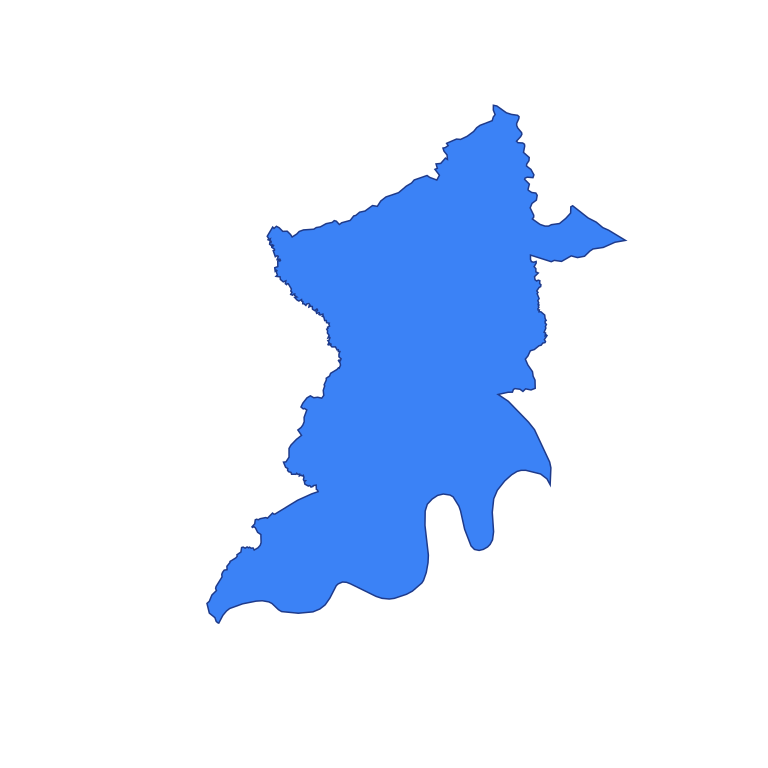 Mueang Uthai Thani, Uthai Thani, Thailand, rotated 52°
{"feature_id": "78962969B55424079588300", "entity_name": "Mueang Uthai Thani", "entity_type": "district", "adm_level": 2, "iso_a3": "THA", "parent_name": "Thailand", "parent_adm1": "Uthai Thani", "projection": "mercator", "projection_center": [99.999, 15.387], "detail": "fine", "context": "isolated", "style": "filled", "palette": "blue", "viewbox_px": 768, "rotation_deg": 52, "n_neighbors": 0, "source": "geoboundaries", "source_scale": "gbopen_adm2", "svg_char_len": 6170}
<svg xmlns="http://www.w3.org/2000/svg" viewBox="0 0 768 768"><g transform="rotate(52 384 384)"><path d="M231.7,126.2L235.4,129.2L240.1,130.6L240.9,133.5L243.1,136.6L239.3,149.0L239.1,153.1L240.2,157.9L240.0,166.0L238.4,173.1L235.6,176.1L233.0,186.0L232.9,186.5L235.7,186.7L235.4,190.3L234.4,192.3L237.5,193.4L242.3,193.3L246.0,195.7L243.8,196.5L245.1,203.5L242.6,207.5L246.9,209.2L246.2,211.7L253.6,211.8L255.8,216.8L249.3,220.8L246.2,221.7L241.8,234.6L242.6,238.6L241.8,244.7L242.2,254.7L237.8,267.3L237.8,273.9L239.9,279.9L236.3,283.2L236.0,292.5L233.6,297.4L233.8,302.4L232.9,304.4L234.3,309.9L230.9,318.0L230.8,321.0L226.4,321.3L224.6,322.6L224.8,325.3L222.0,330.9L221.0,337.4L219.0,341.1L218.8,344.0L213.0,352.6L211.6,356.9L212.1,360.5L211.6,365.9L208.6,365.6L204.0,366.2L201.4,369.8L196.4,370.4L193.5,371.7L193.7,374.9L191.8,375.1L195.7,385.1L198.5,385.3L198.9,386.6L199.6,386.2L199.7,384.3L200.9,385.8L202.1,385.1L203.0,386.0L202.2,386.8L203.4,388.1L205.5,387.6L205.3,386.4L206.8,385.7L207.3,387.2L206.1,387.5L207.2,388.3L210.3,387.3L211.2,388.0L210.7,389.2L216.8,391.3L217.0,389.4L218.3,388.7L220.1,391.6L221.5,389.2L222.8,389.4L223.0,390.4L221.8,391.0L221.7,392.0L226.1,395.4L225.1,398.5L228.1,400.3L228.0,398.8L228.8,398.6L229.2,399.8L232.4,400.9L232.7,402.8L235.6,399.9L237.8,401.3L241.5,400.5L242.3,397.8L244.2,400.0L245.7,399.6L245.4,398.5L246.1,397.7L252.1,398.5L253.4,400.2L255.0,400.0L256.0,402.4L257.8,401.3L257.5,400.0L258.1,398.9L259.2,399.9L261.8,399.1L260.8,401.1L264.3,400.8L266.2,400.0L266.7,397.0L268.0,397.8L269.1,397.2L270.7,398.6L271.7,397.6L274.0,397.2L273.4,395.4L274.4,393.6L276.3,393.7L276.2,394.8L277.1,395.8L277.5,394.1L278.8,392.8L281.0,394.3L283.6,393.4L283.5,390.9L284.0,390.5L285.3,391.2L285.0,392.9L286.9,393.6L287.8,391.1L288.9,391.4L289.2,392.4L290.3,391.9L291.3,389.1L292.7,389.9L292.7,390.9L294.1,390.2L297.5,391.7L298.5,390.4L300.3,391.5L302.4,389.7L302.9,390.6L304.9,391.3L304.5,393.5L305.7,394.0L305.5,395.4L307.4,395.7L308.9,397.2L311.8,397.3L313.2,399.8L313.7,398.1L314.3,398.1L315.7,400.5L315.3,401.5L317.2,401.6L318.5,403.9L319.3,403.4L318.7,401.7L320.0,401.2L320.6,402.3L322.7,402.2L324.9,399.4L328.3,400.0L328.9,398.9L330.3,400.0L331.3,398.8L332.7,401.1L334.9,402.8L337.7,402.3L338.8,404.1L337.4,404.6L337.5,405.5L340.5,405.7L342.4,406.7L343.9,409.5L343.2,409.9L343.6,412.0L342.7,419.5L344.2,422.0L343.9,426.0L345.3,427.0L347.8,431.7L349.0,431.9L351.6,435.8L355.9,438.5L356.8,441.8L353.6,444.4L351.6,447.8L348.0,449.3L347.5,453.3L349.1,459.7L351.0,463.6L353.9,463.0L354.4,461.7L356.9,460.8L361.1,467.5L364.6,470.1L366.4,473.3L367.2,476.1L367.2,480.2L373.7,480.6L373.7,487.0L374.8,494.8L376.3,498.5L383.2,503.9L385.0,509.2L383.7,511.3L389.0,512.8L391.4,511.9L392.6,513.1L394.3,513.2L396.4,511.7L398.2,512.4L401.0,508.9L400.6,507.7L402.2,507.5L403.1,506.0L404.3,507.3L404.7,505.5L406.1,505.1L406.2,503.8L408.2,504.5L409.7,506.4L410.8,506.6L411.9,505.4L412.1,507.0L414.2,508.0L417.8,506.5L417.9,505.5L419.0,504.9L420.3,505.0L421.0,503.0L420.5,502.3L421.9,499.7L425.4,502.2L426.6,501.7L428.3,502.2L426.1,508.5L422.4,523.7L419.4,549.8L418.7,550.9L417.1,551.3L418.0,558.5L416.5,559.3L413.9,564.5L413.6,566.6L412.1,567.7L411.8,569.1L414.6,572.0L415.3,576.0L416.1,575.9L416.3,574.4L418.1,573.9L423.1,574.9L426.8,573.7L433.3,578.5L434.9,580.9L435.5,584.2L434.9,588.5L432.6,588.1L431.6,589.8L429.8,590.4L429.7,591.6L428.1,592.2L427.9,594.5L425.8,595.4L425.2,596.9L428.3,600.2L428.0,605.0L429.4,605.8L429.8,607.8L429.0,614.6L429.8,615.3L430.9,620.0L433.7,622.0L432.3,624.5L433.0,627.1L434.1,629.0L436.3,630.4L440.2,641.0L441.5,642.6L443.6,643.2L444.3,649.5L447.7,655.5L447.9,658.6L457.0,662.7L464.0,661.1L467.8,662.4L469.8,662.0L470.7,661.4L467.1,653.4L465.9,647.8L465.9,643.8L470.2,630.7L476.4,618.4L479.9,613.3L484.8,608.9L488.0,607.4L496.9,606.1L500.3,604.8L511.9,592.6L519.8,580.3L521.8,573.1L521.8,566.3L519.4,558.5L513.5,545.7L513.3,543.1L514.5,538.6L517.2,535.6L520.7,533.5L546.5,521.0L551.7,517.5L556.7,512.2L559.3,507.8L563.6,495.6L564.7,489.1L564.1,476.7L563.1,473.8L558.6,466.8L552.0,459.4L546.2,454.4L520.7,438.8L509.5,429.8L505.4,423.9L504.3,416.8L504.8,410.3L507.2,405.0L512.2,400.3L515.5,399.0L526.4,400.2L531.1,401.8L548.1,409.9L565.2,415.1L570.0,414.6L573.7,411.5L575.5,407.5L576.2,402.7L575.7,399.1L573.6,394.4L567.9,388.6L551.8,377.7L542.0,368.2L537.5,360.1L534.7,348.5L534.1,339.3L534.8,333.0L536.4,329.2L539.3,325.4L551.3,316.0L559.1,314.0L565.7,315.1L552.8,304.1L547.5,301.5L512.6,293.5L503.0,293.6L474.1,296.7L462.5,300.5L466.9,291.3L469.5,287.8L468.0,285.4L468.2,283.7L471.8,280.1L475.4,279.1L475.0,275.4L479.2,271.8L480.5,267.5L473.9,262.6L469.7,261.7L465.7,259.4L457.5,258.9L451.4,257.3L450.6,253.5L447.9,248.2L449.4,244.3L449.3,238.3L450.2,236.2L449.5,233.8L450.5,231.6L450.0,230.6L447.7,230.3L446.2,225.7L445.2,225.9L445.1,227.2L443.3,225.3L441.8,226.0L439.6,222.0L438.2,221.6L437.0,219.3L435.2,219.5L433.6,218.3L433.8,217.1L431.5,216.7L428.6,214.9L423.7,215.9L422.5,217.4L421.3,216.0L420.4,217.0L419.3,216.2L419.0,214.8L417.5,214.4L417.2,213.2L416.0,213.5L415.3,212.1L413.0,211.5L412.2,209.2L407.0,207.7L406.7,206.3L404.7,206.3L403.4,202.4L403.7,200.6L402.4,199.2L400.7,199.5L398.5,197.6L397.1,198.6L396.8,200.3L394.8,200.8L392.1,199.3L391.5,194.1L389.1,195.3L386.6,193.3L384.0,193.5L382.4,189.6L381.1,188.7L380.2,191.1L378.3,192.5L376.1,191.9L372.6,189.2L390.6,176.9L391.4,173.7L396.7,168.6L398.3,157.6L403.5,153.7L406.8,147.3L406.0,140.0L406.3,136.1L411.4,127.1L414.5,114.7L419.5,105.3L401.1,112.3L395.5,115.3L387.1,117.1L378.9,120.9L359.7,125.6L359.4,127.7L364.2,131.7L365.4,138.8L365.6,146.9L361.5,154.0L360.9,157.1L358.7,159.9L354.3,162.8L345.3,165.5L344.7,163.3L343.2,162.1L335.2,160.4L332.8,156.2L332.9,150.7L329.6,147.1L327.0,146.8L324.0,149.7L320.2,151.0L319.3,150.7L316.0,146.4L309.3,147.2L308.6,146.1L309.2,143.8L313.1,139.6L311.5,137.1L305.4,136.1L300.0,137.5L298.5,136.1L297.3,132.3L294.9,130.1L287.4,131.5L283.1,126.6L281.5,125.7L279.5,126.3L276.3,129.9L274.2,130.1L273.2,124.0L272.1,121.6L270.6,120.8L264.7,121.0L262.0,120.3L260.3,119.0L257.9,114.4L256.5,113.0L254.5,113.3L250.0,117.6L245.6,120.6L234.4,123.9L231.7,126.2Z" fill="#3b82f6" stroke="#1e3a8a" stroke-width="1.5"/></g></svg>